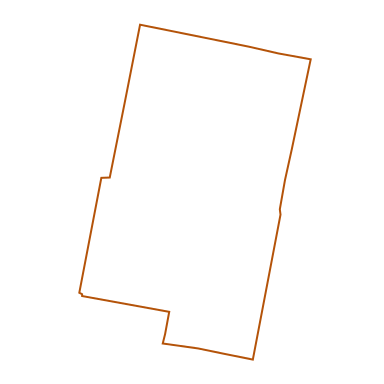 Aitkin, Minnesota, United States of America, rotated 11°
{"feature_id": "52423323B37337863606153", "entity_name": "Aitkin", "entity_type": "district", "adm_level": 2, "iso_a3": "USA", "parent_name": "United States of America", "parent_adm1": "Minnesota", "projection": "mercator", "projection_center": [-93.376, 46.592], "detail": "fine", "context": "isolated", "style": "outline", "palette": "amber", "viewbox_px": 384, "rotation_deg": 11, "n_neighbors": 0, "source": "geoboundaries", "source_scale": "gbopen_adm2", "svg_char_len": 424}
<svg xmlns="http://www.w3.org/2000/svg" viewBox="0 0 384 384"><g transform="rotate(11 192 192)"><path d="M283.2,39.1L250.4,39.5L220.1,38.5L109.1,37.7L108.9,118.3L108.5,193.5L100.3,195.4L100.6,312.4L103.6,313.3L104.0,315.1L192.5,314.0L192.7,336.6L192.2,346.3L227.9,344.4L253.4,344.7L283.7,344.9L283.4,253.4L283.2,197.3L281.5,192.2L281.0,162.5L281.8,131.1L283.2,39.1Z" fill="none" stroke="#b45309" stroke-width="2"/></g></svg>